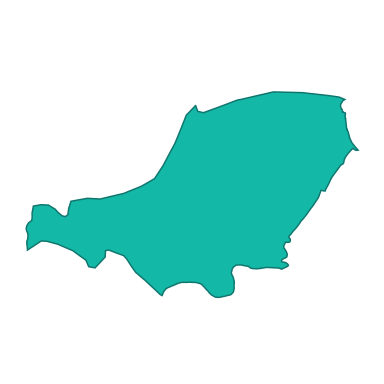 outline of Bani Hushaysh, Sana'a, Yemen, rotated 183°
{"feature_id": "15242507B83283859623898", "entity_name": "Bani Hushaysh", "entity_type": "district", "adm_level": 2, "iso_a3": "YEM", "parent_name": "Yemen", "parent_adm1": "Sana'a", "projection": "mercator", "projection_center": [44.331, 15.453], "detail": "fine", "context": "isolated", "style": "filled", "palette": "teal", "viewbox_px": 384, "rotation_deg": 183, "n_neighbors": 0, "source": "geoboundaries", "source_scale": "gbopen_adm2", "svg_char_len": 5715}
<svg xmlns="http://www.w3.org/2000/svg" viewBox="0 0 384 384"><g transform="rotate(183 192 192)"><path d="M44.2,292.4L50.2,294.5L56.8,295.1L60.1,295.4L75.2,296.3L79.0,296.5L87.0,297.0L115.9,296.2L130.3,292.1L148.7,286.8L150.5,286.5L153.1,285.5L160.7,282.1L167.6,279.1L176.0,275.5L184.7,271.8L190.4,272.8L190.7,273.4L191.6,275.4L192.9,278.5L193.0,278.5L194.5,276.7L201.8,268.3L203.5,263.0L204.9,259.0L206.1,255.2L207.4,251.6L209.2,246.4L211.6,239.6L217.8,226.5L222.1,217.1L227.8,207.3L230.1,203.4L232.5,201.8L242.5,195.3L245.2,194.0L251.8,190.9L255.3,189.3L259.8,187.1L272.1,183.5L272.5,183.4L283.3,180.2L295.2,180.2L296.3,180.2L301.3,179.0L302.8,178.7L312.4,176.4L313.6,171.7L314.2,169.6L314.8,162.7L317.3,160.8L318.7,161.1L318.8,161.1L320.4,161.4L324.7,164.6L327.8,167.7L330.8,169.3L334.1,171.1L334.7,171.4L342.1,171.4L349.7,169.6L349.7,169.2L350.6,162.7L350.3,158.4L350.5,155.2L351.9,154.1L353.7,152.5L355.1,149.8L355.7,146.9L355.0,144.3L354.0,142.4L353.5,140.1L353.5,138.7L353.7,136.0L354.4,134.0L354.2,131.3L353.4,127.3L353.3,125.4L340.0,135.2L334.4,135.2L323.2,132.8L320.3,131.7L308.0,127.2L300.5,122.3L294.7,118.6L294.4,118.4L291.2,112.0L287.6,111.5L284.8,111.2L275.3,122.5L275.3,125.8L275.3,128.9L272.1,129.7L265.4,127.5L264.9,127.3L262.9,126.7L260.1,125.9L258.2,125.3L256.9,124.9L253.7,121.7L252.4,119.9L249.7,116.1L247.1,112.7L244.1,108.9L242.8,107.9L237.8,104.0L234.7,101.7L233.7,100.9L229.5,97.3L223.0,91.9L218.5,88.0L216.5,87.0L216.3,87.5L215.9,88.4L215.7,89.4L215.3,90.3L214.9,91.2L214.0,92.5L213.4,93.2L212.8,94.0L212.0,94.6L210.9,95.3L210.0,95.7L208.7,96.3L207.9,96.8L206.5,97.4L205.2,98.0L204.0,98.6L203.2,99.0L202.3,99.5L201.4,99.9L200.2,100.4L199.2,100.7L198.2,101.0L197.2,101.3L196.1,101.3L195.1,101.4L194.3,101.4L194.1,101.4L193.0,101.4L192.0,101.6L191.0,101.7L189.9,101.8L188.8,101.8L186.8,101.8L185.8,101.8L184.9,101.8L183.9,101.9L182.8,101.8L181.8,101.6L180.9,101.3L180.7,101.3L179.9,101.1L179.0,101.0L178.1,100.5L177.6,100.2L177.4,100.1L176.9,99.7L176.6,99.4L175.7,98.6L175.0,97.9L174.3,97.2L174.2,97.1L173.5,96.3L172.6,95.4L171.9,94.8L171.0,94.0L170.2,93.1L169.5,92.3L169.5,92.2L168.6,91.4L167.8,90.7L166.9,90.1L166.0,89.7L165.2,89.2L164.2,88.7L163.4,88.3L162.4,88.2L161.5,88.2L160.5,88.1L159.2,88.3L158.1,88.5L157.2,88.7L156.2,89.0L155.2,89.3L154.2,89.5L152.8,90.0L151.7,90.3L150.6,90.7L149.7,90.9L148.8,91.1L147.9,91.5L147.1,92.3L146.5,93.0L146.4,93.1L145.9,93.7L145.4,94.6L145.2,95.7L145.0,96.8L144.9,97.7L144.9,98.8L145.1,99.8L145.1,100.8L145.1,101.8L145.1,102.7L145.0,103.6L145.0,104.3L145.0,104.5L145.3,105.6L145.5,106.0L145.6,106.3L145.6,106.5L145.9,107.4L146.2,108.4L146.6,109.4L147.1,110.3L147.6,111.2L148.1,111.9L148.4,112.9L148.4,113.9L148.1,115.2L148.0,116.3L147.7,117.3L147.2,118.5L146.6,119.3L145.7,120.1L144.7,120.8L143.9,121.3L142.9,121.5L142.0,121.5L140.8,121.6L139.8,121.7L138.9,121.7L137.7,121.5L136.6,121.3L135.5,121.1L134.6,121.0L133.6,120.9L132.7,120.9L131.5,120.5L130.8,120.0L129.9,119.3L129.0,119.0L128.0,118.8L127.1,118.7L123.5,118.7L122.5,118.8L121.6,119.0L120.7,119.1L119.5,119.3L118.1,119.6L116.8,119.9L115.8,120.1L114.8,120.3L113.9,120.6L113.0,120.6L112.1,120.6L111.0,120.6L110.1,120.6L109.0,120.6L101.2,120.6L100.3,120.3L99.4,120.0L98.6,119.7L97.7,119.9L97.5,120.1L96.6,120.7L96.2,120.9L95.8,121.1L95.2,121.4L94.9,121.5L94.1,122.0L93.2,122.4L92.4,123.0L91.9,123.7L92.0,124.0L92.4,124.7L93.0,125.3L93.8,125.8L94.6,126.3L95.6,126.6L96.6,126.8L97.6,126.8L98.6,127.0L99.1,127.8L98.8,128.7L98.2,129.4L97.4,129.9L96.4,130.5L95.7,130.9L94.6,131.6L93.9,132.2L93.8,133.2L93.6,134.1L93.7,135.2L94.1,136.0L94.5,137.0L95.0,137.8L95.5,138.6L96.0,139.4L96.7,140.2L97.2,141.0L97.5,141.9L97.5,143.0L97.2,143.8L96.8,144.8L96.4,145.7L96.0,146.7L94.1,146.7L91.8,147.2L91.4,147.9L91.3,149.0L91.5,150.2L93.2,152.2L93.2,152.3L92.6,153.1L91.9,154.0L91.3,154.8L90.7,155.6L89.8,157.0L89.1,157.9L89.0,158.1L88.4,158.9L87.7,159.6L87.1,160.4L86.5,161.1L85.6,162.3L85.1,163.1L84.4,164.1L83.8,164.9L83.3,165.7L82.8,166.6L82.2,167.6L81.7,168.5L81.1,169.3L80.4,170.0L76.4,175.5L75.8,176.5L75.3,177.3L74.8,178.1L74.3,178.9L73.7,179.8L73.3,180.6L72.5,181.8L71.9,182.6L71.3,183.4L70.6,184.5L70.1,185.3L69.5,186.2L68.8,187.5L68.3,188.3L67.5,189.7L67.0,190.5L66.5,191.4L65.9,192.3L65.3,193.6L65.0,194.6L64.9,194.7L64.7,195.5L64.5,196.4L64.2,197.3L63.9,198.3L63.5,199.5L63.3,200.3L63.2,200.3L62.5,200.3L60.1,200.0L59.1,199.9L58.7,201.2L58.3,202.5L58.2,202.6L57.9,203.3L57.7,203.6L57.2,204.6L57.0,205.0L56.8,205.4L56.3,206.5L56.0,207.3L55.1,209.5L54.8,210.1L54.8,210.3L54.4,211.2L53.7,212.8L53.5,213.4L53.4,213.4L53.0,214.2L52.5,214.9L51.9,215.9L51.8,216.0L51.6,216.3L50.9,217.5L50.3,218.3L49.8,219.1L49.4,219.6L48.7,220.8L48.3,221.4L48.2,221.5L47.6,222.4L47.1,223.1L47.1,223.3L46.6,224.0L46.3,224.4L45.4,225.8L45.0,226.3L44.9,226.4L44.4,226.8L43.6,227.4L43.4,227.5L42.8,227.9L42.8,228.0L42.4,228.4L42.1,228.9L42.0,229.8L41.9,230.2L41.9,230.5L41.8,231.0L41.8,231.4L41.6,232.0L41.3,233.2L41.2,233.4L41.1,233.7L41.0,233.9L41.0,234.0L40.9,234.1L40.6,234.8L40.4,235.1L39.5,236.5L39.4,236.7L39.0,237.4L38.9,237.6L37.6,239.3L37.2,239.8L36.8,240.3L36.7,240.4L35.7,241.7L34.9,242.5L34.2,243.5L33.7,244.0L33.3,243.7L32.8,243.5L32.2,243.1L31.8,242.8L31.4,242.6L31.2,242.5L31.1,242.4L30.2,242.2L29.7,242.2L28.7,242.4L28.3,242.5L31.1,245.3L34.7,249.3L37.6,254.5L37.4,254.6L39.3,260.4L39.4,260.7L40.0,261.4L40.1,261.5L40.2,261.9L40.3,262.8L40.8,262.8L42.5,273.2L42.4,273.3L42.5,273.4L42.9,274.2L43.0,274.6L43.0,275.0L43.0,275.3L43.0,276.1L42.9,278.7L43.0,278.9L43.4,279.1L44.2,279.1L44.5,279.4L45.1,279.4L45.2,279.9L45.8,279.8L46.4,282.1L46.7,282.4L47.0,283.0L47.3,283.0L47.7,284.0L48.1,285.0L48.1,287.6L47.8,287.9L45.9,291.4L44.9,291.9L44.2,292.4Z" fill="#14b8a6" stroke="#0f766e" stroke-width="1.5"/></g></svg>